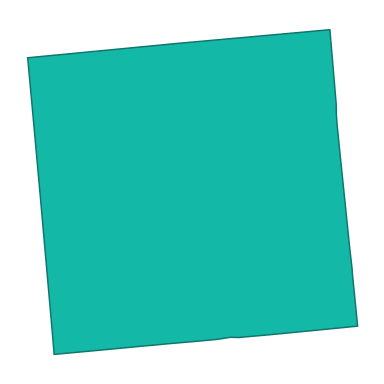 the district of Tarrant, Texas, United States of America, rotated 84°
{"feature_id": "52423323B78708010643826", "entity_name": "Tarrant", "entity_type": "district", "adm_level": 2, "iso_a3": "USA", "parent_name": "United States of America", "parent_adm1": "Texas", "projection": "mercator", "projection_center": [-97.198, 32.771], "detail": "fine", "context": "isolated", "style": "filled", "palette": "teal", "viewbox_px": 384, "rotation_deg": 84, "n_neighbors": 0, "source": "geoboundaries", "source_scale": "gbopen_adm2", "svg_char_len": 573}
<svg xmlns="http://www.w3.org/2000/svg" viewBox="0 0 384 384"><g transform="rotate(84 192 192)"><path d="M45.0,37.9L42.7,188.9L41.3,341.4L110.8,342.3L136.8,342.7L158.5,343.0L178.9,343.3L311.0,345.5L327.3,345.8L330.9,345.9L339.1,346.1L339.9,279.0L340.1,258.2L340.3,246.3L340.4,233.9L341.0,200.5L341.0,200.3L341.2,182.1L340.5,168.9L341.6,160.9L341.8,146.7L342.0,135.9L342.2,118.1L342.7,41.3L289.3,41.0L286.1,40.8L264.2,41.0L256.3,41.0L224.9,40.9L170.3,40.8L154.4,40.7L140.5,40.7L129.8,40.3L119.9,39.4L45.0,37.9Z" fill="#14b8a6" stroke="#0f766e" stroke-width="1.5"/></g></svg>